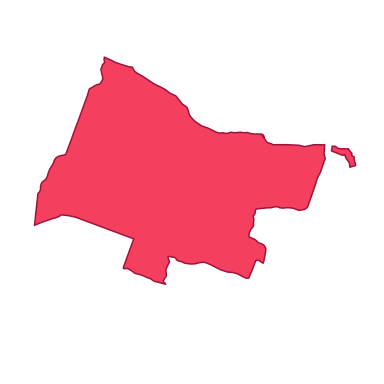 the border of Angola, rotated 110°
{"feature_id": "AGO", "entity_name": "Angola", "entity_type": "country or territory", "adm_level": 0, "iso_a3": "AGO", "parent_name": "Africa", "parent_adm1": "", "projection": "equal_earth", "projection_center": [17.424, -11.224], "detail": "fine", "context": "isolated", "style": "filled", "palette": "rose", "viewbox_px": 384, "rotation_deg": 110, "n_neighbors": 0, "source": "natural_earth", "source_scale": "50m", "svg_char_len": 4131}
<svg xmlns="http://www.w3.org/2000/svg" viewBox="0 0 384 384"><g transform="rotate(110 192 192)"><path d="M287.7,185.4L288.0,188.2L288.3,192.1L288.5,194.8L288.8,196.1L288.9,196.8L288.6,197.5L288.3,199.1L287.9,200.6L287.6,201.7L287.8,203.6L287.6,206.3L287.4,209.1L287.3,211.9L287.9,216.9L287.8,218.4L287.0,221.0L286.5,222.9L286.1,225.2L286.0,226.4L287.3,229.7L287.2,230.4L286.2,230.6L285.4,230.7L282.1,230.7L277.4,230.7L272.7,230.7L268.0,230.7L263.7,230.7L259.6,230.7L255.9,230.7L255.9,234.0L255.9,240.8L255.8,247.6L255.8,254.4L255.7,261.2L255.7,268.0L255.6,274.7L255.6,281.5L255.5,288.3L255.5,293.2L256.4,299.6L258.1,306.7L258.7,307.3L260.5,308.6L262.9,311.3L264.2,313.3L266.9,316.7L270.5,321.2L274.0,325.1L277.1,328.6L272.2,329.8L265.2,331.6L260.5,332.7L254.9,334.1L251.1,335.0L246.4,336.2L245.6,336.1L244.4,335.4L241.6,335.2L238.4,336.3L235.9,336.5L234.0,336.1L232.2,335.1L230.4,333.8L227.3,333.3L222.9,333.6L218.7,333.4L214.6,332.5L211.6,332.1L209.9,332.3L208.0,332.0L206.0,331.2L204.3,329.9L202.3,327.1L200.7,324.5L200.3,324.1L199.8,323.7L199.3,323.5L194.8,323.5L190.5,323.4L188.1,323.4L182.1,323.4L176.1,323.4L170.1,323.4L164.2,323.3L158.2,323.3L152.2,323.3L146.2,323.3L140.3,323.3L137.1,323.3L134.1,323.5L130.9,323.7L130.4,323.6L129.6,323.3L129.1,322.7L127.3,321.2L125.8,320.1L123.7,318.1L122.4,316.0L121.2,315.3L119.2,314.9L117.7,314.6L116.5,314.5L114.3,315.5L112.7,316.5L111.6,317.4L109.6,318.5L107.9,319.6L104.9,319.5L104.3,319.6L102.7,319.6L101.1,318.6L99.5,318.7L97.8,319.9L95.3,320.4L95.8,312.4L96.4,308.9L96.4,304.7L95.9,293.8L95.4,292.3L95.1,290.6L96.7,289.2L97.5,288.2L98.5,286.4L99.2,283.9L100.1,278.2L103.2,265.3L104.7,252.7L106.6,246.7L107.3,239.9L112.7,231.2L114.0,225.9L116.8,223.3L120.8,220.5L123.7,215.5L125.0,212.0L126.6,205.4L126.5,198.5L127.5,189.3L127.3,186.6L125.7,182.9L125.4,180.3L124.0,177.7L122.5,175.8L121.8,172.3L119.2,166.8L118.5,163.1L117.2,160.5L117.0,157.2L116.4,153.8L115.1,150.4L113.8,146.5L113.8,145.2L114.6,143.8L115.3,143.3L115.1,144.0L114.6,144.9L114.7,145.6L119.5,138.7L119.8,137.4L119.7,135.9L119.6,134.1L119.8,132.0L115.2,119.3L111.5,107.6L110.9,101.7L106.0,93.8L104.1,88.8L103.0,85.2L102.2,83.8L102.5,83.2L103.8,83.0L106.5,82.2L110.3,81.3L113.8,79.2L114.7,78.3L116.6,78.1L118.4,78.6L119.1,78.2L119.5,78.2L124.0,78.2L125.8,78.1L129.2,78.1L131.4,78.3L132.6,78.5L135.9,78.9L140.0,78.8L141.5,78.6L146.9,78.5L152.2,78.4L157.1,78.3L162.4,78.3L166.4,78.3L168.3,79.0L170.0,80.4L170.7,81.7L171.1,82.3L171.6,83.6L172.5,84.7L172.8,86.4L172.6,88.6L172.7,91.3L173.3,94.4L174.4,97.7L176.1,101.2L176.8,104.0L176.6,106.0L177.1,108.1L178.4,110.4L179.3,111.6L179.8,112.5L181.2,116.0L183.9,121.5L185.9,125.7L186.6,126.2L187.6,126.0L189.7,125.6L191.9,125.5L193.4,126.3L194.0,126.2L196.3,124.6L198.6,124.0L201.0,123.4L202.2,122.7L203.6,122.7L207.5,124.0L208.3,124.1L211.4,124.1L214.6,123.3L215.0,117.8L215.1,116.7L215.8,114.6L216.8,112.7L216.9,111.0L216.9,108.6L217.6,105.7L219.7,103.4L223.1,102.3L225.0,102.1L228.1,101.5L232.8,100.8L234.5,100.9L234.6,101.2L233.6,105.2L233.6,106.5L234.0,107.9L234.7,108.6L239.6,108.7L244.0,108.7L249.1,109.0L252.9,109.2L253.4,109.4L253.8,109.7L254.4,111.6L254.2,115.5L253.3,121.2L253.7,126.4L255.1,131.3L255.3,138.9L254.7,143.4L254.0,149.0L253.7,155.4L254.4,158.1L255.9,160.9L258.1,163.9L259.8,167.7L261.0,172.3L261.4,175.3L261.1,176.5L261.1,178.6L261.4,181.5L261.0,183.5L259.8,184.5L259.4,185.8L260.0,188.4L260.1,190.7L260.6,191.6L260.9,192.3L261.5,192.4L262.7,191.5L264.2,190.0L265.4,189.3L267.1,189.4L269.4,189.8L273.6,190.0L274.8,189.7L278.7,187.6L279.7,187.5L281.2,187.7L283.4,188.3L285.6,188.4L286.6,187.8L286.7,186.9L287.1,185.8L287.7,185.4ZM114.7,51.9L114.5,52.2L112.7,53.2L110.8,54.1L108.4,57.7L107.1,59.3L106.8,59.6L105.6,60.5L104.8,61.3L104.9,61.7L105.4,62.1L106.0,62.9L105.9,68.8L105.7,74.7L105.4,75.1L103.8,75.3L101.7,75.7L101.1,76.0L100.9,75.4L100.1,73.3L100.5,71.3L101.0,69.8L100.5,66.7L99.4,63.9L98.3,60.5L97.9,59.8L98.9,58.7L100.3,56.2L100.9,55.0L102.5,54.7L103.1,53.8L103.6,52.4L103.7,51.5L105.6,50.9L107.8,49.6L109.1,48.3L110.3,47.5L111.1,47.5L111.6,47.8L113.1,50.1L114.3,51.5L114.7,51.9Z" fill="#f43f5e" stroke="#9f1239" stroke-width="1.5"/></g></svg>